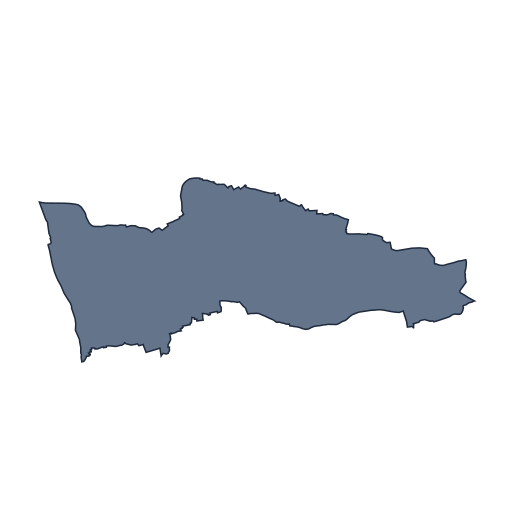 outline of Bang Sai, Phra Nakhon Si Ayutthaya, Thailand, rotated 252°
{"feature_id": "78962969B611560347556", "entity_name": "Bang Sai", "entity_type": "district", "adm_level": 2, "iso_a3": "THA", "parent_name": "Thailand", "parent_adm1": "Phra Nakhon Si Ayutthaya", "projection": "robinson", "projection_center": [100.288, 14.305], "detail": "fine", "context": "isolated", "style": "filled", "palette": "slate", "viewbox_px": 512, "rotation_deg": 252, "n_neighbors": 0, "source": "geoboundaries", "source_scale": "gbopen_adm2", "svg_char_len": 6044}
<svg xmlns="http://www.w3.org/2000/svg" viewBox="0 0 512 512"><g transform="rotate(252 256 256)"><path d="M141.6,378.0L140.7,382.9L139.1,383.4L139.1,383.8L140.2,384.0L142.3,385.0L142.9,384.8L142.7,390.5L143.8,391.9L143.5,396.6L140.1,401.5L139.6,404.1L138.4,404.9L138.3,408.2L138.4,420.4L138.6,421.9L139.4,424.3L139.5,425.5L139.2,427.5L138.3,429.6L137.9,430.7L137.7,431.7L137.7,432.5L137.9,433.1L138.1,433.6L139.3,435.0L140.1,435.7L142.5,437.2L143.1,437.3L144.3,437.3L144.7,437.7L144.8,438.5L144.7,440.2L144.7,440.9L145.3,442.5L145.7,444.5L145.4,447.0L145.5,447.8L145.8,448.8L145.7,449.9L150.4,445.4L154.4,442.2L158.0,438.9L159.9,439.0L162.4,442.5L166.3,447.8L166.7,447.7L167.2,447.7L171.6,448.6L172.5,448.6L173.2,449.3L175.7,449.5L179.4,451.7L183.0,453.4L185.4,454.2L187.6,454.4L187.7,454.2L188.0,450.0L188.6,446.9L188.6,441.8L189.1,434.3L189.0,433.7L189.1,431.7L189.9,429.1L190.3,428.4L191.6,426.2L192.1,425.6L192.5,425.5L192.9,424.8L193.2,423.6L193.6,423.5L194.4,423.6L198.9,425.0L200.3,424.3L203.2,423.1L206.6,422.0L210.0,421.3L213.1,414.3L215.3,406.6L217.3,393.0L217.3,392.5L218.1,390.3L219.7,388.3L220.8,387.0L227.6,387.8L228.4,384.3L229.3,383.4L231.3,381.8L232.2,381.4L233.0,381.4L234.3,382.0L234.6,382.0L235.7,381.1L236.9,379.6L239.1,376.2L242.8,369.4L242.8,369.2L242.1,368.7L243.0,366.0L245.3,360.6L246.7,355.8L248.0,351.8L248.5,350.7L249.4,349.2L250.7,349.5L250.9,348.9L251.2,348.8L253.1,350.1L253.4,349.5L259.0,353.4L262.0,355.1L264.2,351.8L267.2,348.3L268.7,346.9L270.2,345.1L271.0,342.5L272.3,342.7L273.4,340.1L273.1,338.9L273.3,335.4L273.7,335.0L274.5,332.7L275.6,332.7L275.8,332.5L277.3,326.7L280.5,328.1L282.5,320.5L284.5,320.2L284.4,318.9L283.7,317.2L287.6,315.8L290.7,315.1L290.8,314.9L289.8,312.7L298.2,303.1L299.1,302.5L301.1,301.6L301.1,298.8L300.3,298.4L300.8,296.9L300.5,296.7L300.6,295.8L302.7,296.6L302.8,296.9L307.5,296.6L307.5,295.6L307.9,292.8L308.5,293.0L310.1,293.5L310.7,290.5L311.3,288.9L312.1,287.7L315.4,282.1L316.5,280.7L319.0,276.8L319.4,276.6L322.1,271.0L324.9,267.5L325.3,267.5L326.1,268.3L326.8,267.6L325.2,264.4L325.2,263.9L324.3,262.0L325.3,261.5L327.0,260.8L326.0,255.3L330.4,254.4L330.5,251.9L329.4,250.5L329.9,250.0L330.8,249.6L333.9,248.0L334.4,246.8L335.0,244.5L335.9,242.3L335.9,242.1L335.6,241.8L335.7,241.6L336.6,240.3L337.6,239.8L337.9,239.5L338.6,238.4L339.5,238.8L340.4,236.2L343.1,233.0L344.5,228.8L345.9,228.7L346.7,226.4L347.4,226.6L348.4,224.0L349.1,221.7L349.4,220.2L349.9,216.7L348.8,212.9L348.4,212.0L347.8,210.8L346.8,209.3L345.4,207.7L344.8,207.3L337.3,203.2L336.4,202.8L329.7,201.9L324.3,200.4L322.1,199.4L321.2,199.6L318.1,200.0L317.9,199.0L317.3,199.0L316.7,195.1L315.4,195.1L315.2,194.8L314.9,191.8L314.7,189.2L314.4,188.3L314.0,181.5L311.8,181.8L310.6,178.0L309.4,174.7L311.3,173.3L312.3,172.8L312.6,171.9L312.5,169.3L312.3,168.2L310.7,164.5L310.8,164.4L311.0,164.0L311.4,163.6L313.1,162.8L315.2,161.0L315.8,160.3L316.8,158.8L317.8,156.8L318.9,154.1L319.3,153.4L320.9,151.6L321.9,150.8L323.5,146.6L323.7,141.7L324.0,141.6L325.7,141.6L326.1,139.9L327.2,137.4L327.5,136.3L327.5,134.9L327.8,133.2L331.2,124.3L331.3,123.7L331.3,120.8L331.7,118.3L334.1,111.4L334.8,110.2L336.0,109.0L336.9,108.5L338.2,107.8L339.5,107.4L345.0,106.6L346.1,106.6L348.9,106.9L350.8,106.6L354.4,105.6L356.5,104.9L357.5,104.3L359.6,102.7L360.0,102.1L361.5,99.4L363.5,95.1L365.6,89.5L370.1,76.1L371.7,71.5L373.0,68.8L374.3,66.7L372.0,66.7L355.9,67.3L354.1,67.6L353.1,68.2L341.5,66.1L337.7,66.4L336.6,66.3L336.4,66.2L336.3,65.7L336.1,65.6L332.3,65.5L331.1,64.1L331.2,62.1L331.1,61.8L330.7,61.6L325.4,61.4L311.1,59.7L303.2,59.4L298.4,59.7L294.3,60.1L288.2,61.3L279.8,62.0L273.2,63.6L268.0,65.0L264.8,65.0L263.4,64.5L262.1,64.5L252.6,64.6L247.1,63.6L241.2,61.3L231.2,62.3L228.4,61.7L223.3,61.1L217.6,59.3L217.3,59.3L216.5,59.7L214.2,58.5L209.1,57.6L209.0,59.3L209.1,59.9L210.5,61.7L212.1,63.2L213.0,63.7L212.5,66.1L212.6,66.8L213.0,67.4L213.4,67.9L214.0,67.7L214.1,67.1L215.4,66.7L215.2,68.0L216.1,68.2L215.7,69.6L216.1,69.8L216.3,68.9L218.1,69.5L217.7,70.7L219.4,71.1L218.4,74.0L217.7,73.8L217.3,74.9L217.1,74.8L216.6,76.6L216.9,81.6L216.6,82.9L215.9,82.7L215.5,85.5L216.6,85.8L215.9,88.7L213.5,94.2L213.2,95.0L213.0,99.1L212.7,100.5L212.7,101.1L213.2,103.2L214.2,104.2L213.2,104.8L212.5,105.5L210.5,108.8L209.9,109.6L209.7,110.3L209.7,111.1L209.2,113.8L209.2,116.0L206.8,117.0L206.7,121.4L204.9,121.3L198.3,121.7L198.0,133.0L198.0,136.1L190.2,134.9L191.6,136.5L192.0,137.4L191.3,139.2L190.6,140.2L190.5,141.0L190.7,142.5L191.1,142.7L192.6,144.3L193.1,144.6L194.4,144.9L196.0,145.5L196.4,144.2L198.2,144.8L198.7,144.9L198.9,145.0L199.5,145.8L201.9,148.2L202.9,149.0L205.4,149.6L208.9,149.8L208.8,151.5L208.1,151.4L208.1,156.3L208.5,158.1L207.9,161.8L210.0,161.5L210.0,163.4L210.7,163.5L210.7,164.5L212.0,164.5L211.0,172.0L211.8,172.5L212.4,172.5L212.4,173.9L217.4,176.1L216.9,176.6L216.2,178.3L214.9,177.8L214.2,180.2L212.5,179.6L211.3,185.9L214.2,186.4L217.9,187.4L215.7,191.9L215.4,191.8L215.0,192.8L214.4,192.6L214.3,194.4L216.0,194.5L215.3,202.0L213.8,201.8L213.9,205.6L217.7,207.1L219.4,206.7L220.4,206.6L224.3,207.7L224.1,209.2L223.5,211.2L223.0,212.6L221.5,216.1L220.1,218.4L219.8,219.8L219.4,220.8L217.6,224.2L217.6,226.1L214.6,227.4L212.5,228.2L210.7,229.4L209.4,230.0L207.2,230.0L203.3,230.4L202.9,233.5L202.2,235.6L201.4,238.6L200.5,240.8L199.7,241.8L198.0,243.6L196.0,246.0L192.3,249.9L189.9,252.7L186.8,254.9L186.4,255.6L185.9,257.9L184.7,259.4L183.2,262.1L182.2,263.1L181.1,265.6L181.1,266.5L179.7,266.7L179.0,266.6L178.2,268.7L177.5,269.7L175.8,273.3L174.4,275.6L172.8,277.4L170.9,280.5L170.7,281.4L170.4,283.9L170.9,286.4L171.1,290.2L170.7,291.6L170.7,292.4L170.0,295.1L169.7,298.6L169.0,301.3L168.8,303.0L168.4,304.5L167.4,307.0L167.2,308.0L166.4,309.9L166.0,311.4L166.0,312.5L166.1,313.8L167.0,317.7L167.1,320.9L167.7,322.8L168.7,324.8L169.7,327.2L170.4,329.4L170.7,333.5L170.8,336.6L168.8,348.7L167.8,352.4L167.3,354.8L166.5,357.6L164.8,361.2L161.9,366.4L160.1,370.0L158.4,373.9L158.1,374.5L158.1,379.0L147.0,378.9L141.6,378.0Z" fill="#64748b" stroke="#1e293b" stroke-width="1.5"/></g></svg>